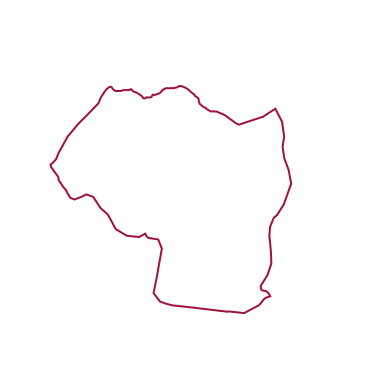 Bilad Atta'am, Raymah, Yemen (Mercator projection), rotated 62°
{"feature_id": "15242507B17948555439182", "entity_name": "Bilad Atta'am", "entity_type": "district", "adm_level": 2, "iso_a3": "YEM", "parent_name": "Yemen", "parent_adm1": "Raymah", "projection": "mercator", "projection_center": [43.572, 14.838], "detail": "fine", "context": "isolated", "style": "outline", "palette": "rose", "viewbox_px": 384, "rotation_deg": 62, "n_neighbors": 0, "source": "geoboundaries", "source_scale": "gbopen_adm2", "svg_char_len": 3020}
<svg xmlns="http://www.w3.org/2000/svg" viewBox="0 0 384 384"><g transform="rotate(62 192 192)"><path d="M157.6,79.3L158.9,94.2L158.4,96.5L158.3,97.5L157.2,103.6L156.7,106.5L156.6,107.2L155.7,112.3L155.5,113.5L154.7,118.7L154.0,119.3L152.2,120.8L150.0,121.9L147.4,123.1L139.3,127.1L139.0,127.4L136.7,129.1L135.9,129.8L134.6,130.9L132.5,132.5L132.3,132.7L131.3,134.6L130.9,135.2L129.7,137.6L128.8,138.2L125.5,140.2L125.1,140.3L124.1,140.4L121.9,142.2L117.8,143.8L115.2,143.4L112.7,142.4L110.9,143.0L108.7,144.2L106.4,144.4L104.8,145.3L102.6,146.2L98.9,147.5L95.3,150.0L93.1,152.1L92.3,154.3L92.6,155.1L92.6,156.0L92.1,157.7L91.8,159.3L91.2,160.4L91.1,160.5L90.6,161.3L90.2,162.4L89.7,163.4L88.2,166.1L88.0,167.0L88.2,167.8L88.4,168.3L87.9,169.7L88.3,170.4L88.6,170.8L88.7,171.2L88.9,172.2L89.4,173.2L89.5,174.1L89.5,174.8L89.4,175.8L89.1,177.1L89.1,177.6L88.8,178.8L88.8,179.6L88.2,180.3L87.7,180.7L87.8,181.5L88.3,181.9L88.8,182.9L89.0,183.4L89.1,183.6L88.8,184.4L88.1,186.3L87.7,186.7L87.3,187.2L87.0,187.8L87.3,188.5L87.4,189.0L87.1,189.9L86.7,190.6L86.3,191.0L84.4,191.1L83.5,191.5L82.6,191.9L81.5,192.4L80.4,193.0L79.1,193.7L78.1,194.4L76.2,196.3L74.9,196.7L74.2,197.0L73.6,197.4L72.5,197.6L72.5,198.5L72.4,199.5L72.0,200.4L71.8,201.0L71.1,202.4L69.9,204.7L69.4,207.2L68.4,209.3L67.0,212.0L65.6,212.9L64.8,213.2L64.3,213.4L62.4,213.7L61.5,213.9L60.9,214.4L60.9,214.5L60.6,216.0L60.9,218.5L62.6,222.5L66.0,228.5L69.6,232.7L70.3,234.8L75.0,249.0L78.6,260.9L81.1,266.9L84.7,275.9L88.3,281.3L90.1,284.1L90.6,284.8L94.0,290.1L95.0,291.6L99.2,296.6L101.0,301.6L101.3,303.9L103.3,304.7L106.8,304.3L109.8,303.9L114.0,303.3L116.1,303.1L116.4,303.2L117.3,303.5L117.6,303.7L118.8,304.2L119.0,304.2L120.0,304.0L127.3,303.3L131.4,302.4L135.5,302.5L140.1,302.2L143.5,299.2L144.4,291.4L144.5,286.4L145.4,285.6L150.0,281.5L155.6,281.0L160.3,280.6L163.4,280.3L170.2,277.7L172.3,276.9L180.1,276.8L181.2,276.8L185.6,276.8L186.6,276.8L188.0,276.7L189.1,276.7L195.0,273.1L196.1,272.5L200.2,269.9L200.5,269.5L203.3,265.3L206.9,259.8L206.8,252.8L207.4,252.8L209.1,253.0L210.2,252.9L211.7,252.2L212.3,251.7L218.1,244.1L227.9,245.2L228.1,245.4L244.8,258.5L251.1,263.4L251.3,263.6L253.4,265.4L258.8,269.7L263.0,273.2L263.2,273.4L265.9,273.0L269.7,272.3L273.9,271.6L274.0,271.4L278.4,267.4L282.9,262.5L294.3,245.7L294.7,245.1L309.1,224.5L314.6,216.5L314.6,215.8L315.0,215.3L315.2,214.9L318.9,209.4L323.3,203.0L323.4,202.9L323.4,186.0L322.0,182.3L321.0,180.2L320.2,177.7L320.1,175.9L320.5,173.6L320.8,171.9L320.2,171.9L318.7,171.9L317.6,171.9L316.4,172.2L314.7,173.0L313.7,173.8L312.8,175.1L311.8,176.1L311.0,176.7L310.0,176.4L307.7,175.8L306.0,173.4L303.0,168.2L300.8,164.4L292.5,155.6L283.0,150.9L277.0,148.4L275.5,147.7L267.3,144.4L266.8,144.2L259.4,139.4L259.2,139.1L256.2,135.6L253.1,131.7L252.3,127.7L246.0,116.7L231.2,100.5L217.8,96.3L206.0,94.8L202.2,93.5L195.5,91.1L195.1,90.9L194.5,90.7L191.4,88.4L186.5,84.7L184.4,83.9L172.2,79.5L163.2,79.4L162.8,79.4L161.7,79.3L157.6,79.3Z" fill="none" stroke="#9f1239" stroke-width="2"/></g></svg>